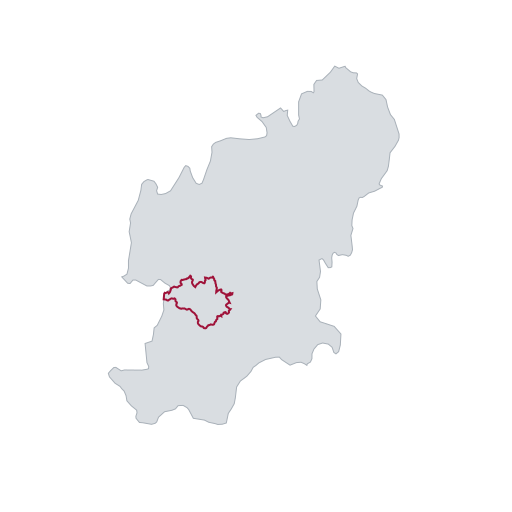 where Rasinski sits in Republic of Serbia, rotated 65°
{"feature_id": "SRB-833", "entity_name": "Rasinski", "entity_type": "District", "adm_level": 1, "iso_a3": "SRB", "parent_name": "Republic of Serbia", "parent_adm1": "", "projection": "mercator", "projection_center": [21.143, 43.49], "detail": "fine", "context": "in_parent", "style": "outline", "palette": "rose", "viewbox_px": 512, "rotation_deg": 65, "n_neighbors": 0, "source": "natural_earth", "source_scale": "10m", "svg_char_len": 8949}
<svg xmlns="http://www.w3.org/2000/svg" viewBox="0 0 512 512"><g transform="rotate(65 256 256)"><path d="M286.3,200.6L297.3,204.1L302.2,207.4L304.8,211.6L311.8,214.4L323.2,215.8L331.1,220.2L335.5,227.5L342.7,225.7L352.8,214.9L362.6,212.0L372.3,217.2L377.6,221.5L378.5,224.9L376.3,226.2L370.9,225.6L366.4,227.7L363.0,232.4L362.4,237.5L364.9,242.9L368.3,246.6L372.7,248.7L375.1,251.5L375.4,255.1L376.6,256.1L374.0,257.7L371.3,260.1L369.7,264.4L369.3,271.3L360.7,276.6L357.5,277.6L356.0,281.1L353.8,291.1L354.1,298.6L355.2,302.5L355.7,305.6L358.5,309.4L361.1,315.2L362.7,323.0L366.5,328.9L376.0,334.8L380.7,338.2L384.2,343.1L386.9,347.6L394.8,353.5L394.2,357.7L392.5,361.9L390.7,363.8L386.7,369.1L382.9,372.1L376.6,381.4L366.7,381.9L364.3,382.6L360.6,385.2L358.7,389.8L360.5,393.6L360.3,397.3L358.5,404.7L360.9,412.5L364.4,416.1L365.0,418.1L364.4,421.8L359.2,429.2L357.6,432.0L352.3,433.3L350.5,432.6L347.8,430.1L345.3,429.3L339.1,432.3L332.7,434.2L327.7,432.8L322.8,432.6L319.4,433.8L316.8,434.3L311.8,437.5L303.6,439.9L299.9,439.4L298.5,436.3L297.0,432.0L297.7,430.1L303.1,426.7L303.7,423.4L311.2,407.7L312.6,402.6L312.7,401.0L310.7,399.9L306.6,399.9L288.4,393.5L289.2,386.2L283.9,382.2L278.1,378.7L277.1,374.8L270.7,366.8L266.0,362.3L260.0,360.1L254.8,356.8L251.7,354.8L250.4,351.1L250.4,348.9L248.8,346.8L246.3,347.0L242.1,350.0L236.9,352.5L236.0,354.4L237.9,358.8L239.2,361.6L238.6,364.2L237.0,367.6L227.0,375.1L225.8,377.7L227.7,381.8L226.5,383.8L218.2,386.5L218.4,384.2L217.9,380.6L213.1,376.7L206.4,373.6L191.3,363.3L185.6,361.9L180.4,360.7L173.0,355.7L169.2,354.8L165.0,351.3L155.8,339.2L148.0,332.7L142.7,329.3L141.2,326.1L140.9,322.8L141.0,321.6L145.1,316.9L148.2,316.2L152.2,316.1L154.8,318.5L158.3,319.0L160.2,315.9L161.2,311.5L160.8,305.9L152.4,292.7L145.3,283.6L144.4,281.5L146.0,279.8L148.5,278.9L151.2,279.7L158.2,280.3L164.9,279.5L167.2,277.2L167.2,274.2L164.7,271.4L156.9,263.9L150.7,257.2L143.5,252.1L138.2,250.0L136.6,247.4L136.0,244.6L136.6,239.5L136.9,233.0L138.2,228.9L143.0,221.1L147.6,212.9L150.4,205.0L151.9,197.6L151.4,195.5L149.0,193.9L143.9,192.4L136.8,193.7L130.8,196.4L128.5,196.6L127.7,193.3L128.7,191.9L130.5,192.0L132.1,192.7L133.7,191.2L134.7,186.7L132.2,171.2L136.7,169.8L136.8,167.5L137.2,165.6L141.8,168.3L148.3,168.3L154.0,167.8L154.9,166.3L154.8,164.0L153.7,162.3L151.6,160.9L150.2,158.7L146.3,157.8L134.3,152.2L128.3,146.2L128.5,139.9L130.2,136.4L132.3,135.1L131.7,134.0L124.9,131.0L122.5,126.9L124.5,121.6L120.9,111.0L117.2,104.4L120.9,101.5L121.4,97.4L121.7,95.1L123.2,95.1L129.1,92.4L131.2,90.2L132.5,87.6L133.9,87.0L137.8,89.8L142.0,90.0L146.7,88.2L150.2,85.8L154.4,83.7L156.3,82.3L158.7,80.1L163.6,73.5L169.2,72.1L176.6,73.8L184.7,74.4L190.7,72.9L205.9,74.8L209.2,76.3L211.3,78.0L215.3,83.6L219.1,90.9L224.5,94.2L230.8,98.2L234.1,101.1L238.9,109.8L242.7,114.0L243.9,113.8L245.2,112.7L246.1,111.8L247.1,112.6L247.1,115.2L247.4,121.1L246.5,127.2L247.8,133.1L247.9,134.9L246.9,136.6L247.0,138.1L248.4,139.7L253.5,143.5L258.3,149.5L263.8,153.6L268.9,156.3L272.1,156.5L277.4,161.3L287.8,164.7L291.1,165.9L293.4,167.9L295.1,170.2L295.2,172.6L293.6,173.8L291.3,177.1L290.4,181.1L288.7,182.1L287.1,182.2L285.8,183.4L286.1,185.1L287.5,186.7L289.7,188.2L293.8,189.7L297.9,191.9L297.9,193.6L297.1,195.5L291.8,196.2L288.0,196.5L286.2,197.3L286.3,200.6Z" fill="#d9dde1" stroke="#a8b0b8" stroke-width="1"/><path d="M253.1,350.8L252.5,349.5L252.0,348.9L251.3,348.2L250.1,347.1L249.4,346.9L249.4,346.5L249.3,345.8L249.3,345.6L249.4,344.9L249.4,344.7L249.1,343.8L249.1,343.6L249.1,343.4L249.3,343.1L249.3,342.9L249.9,342.5L250.0,342.4L250.2,341.9L250.4,341.6L250.8,341.2L251.0,341.0L251.2,340.6L251.3,340.2L251.0,339.6L250.9,339.4L250.8,339.2L250.7,338.3L250.7,338.0L250.9,337.7L250.9,337.4L250.8,336.6L250.7,335.5L250.0,335.3L249.7,335.3L249.4,335.4L248.9,335.6L248.6,335.7L248.3,335.7L248.2,335.6L247.0,335.0L246.8,334.7L246.6,334.1L246.2,333.6L246.2,333.3L246.3,333.2L246.7,332.8L246.8,332.5L246.8,332.3L246.8,331.9L246.8,331.7L247.1,330.4L247.2,329.6L247.3,329.4L247.6,328.8L247.6,328.6L247.5,328.4L247.2,327.9L247.1,327.7L247.4,327.1L247.5,326.8L247.5,326.6L247.4,326.3L246.8,325.5L246.5,324.6L246.1,323.9L246.6,323.6L247.1,323.5L247.4,323.6L247.9,324.1L248.1,324.3L248.4,324.3L249.2,324.2L249.7,324.1L249.8,324.0L250.3,323.5L250.4,323.4L250.6,323.3L250.8,323.3L251.0,323.3L251.2,323.5L251.7,324.0L251.9,324.2L252.2,324.6L252.4,324.9L252.8,325.1L253.3,325.3L254.0,325.4L255.2,325.3L256.2,325.1L256.7,325.0L256.9,325.0L257.6,324.6L258.5,324.2L257.5,322.9L257.4,322.7L257.1,322.2L256.8,321.7L256.7,321.4L256.8,321.0L256.7,320.6L256.5,319.7L256.4,319.3L256.0,318.8L255.9,318.5L255.9,318.0L255.9,317.8L256.0,317.4L256.2,316.9L256.5,316.5L256.9,316.1L257.8,315.6L258.8,314.6L258.9,314.4L258.8,314.1L258.7,313.9L258.0,313.3L257.3,313.0L257.0,312.9L256.8,312.6L256.7,312.1L256.6,311.9L256.4,311.8L256.1,311.7L255.4,311.7L254.0,311.3L254.3,310.9L254.6,310.3L254.8,310.1L255.1,309.7L255.8,309.1L256.5,308.7L256.6,308.3L256.4,307.6L256.3,307.1L256.3,306.6L256.4,306.1L256.4,305.9L256.8,305.3L256.9,305.1L256.9,304.8L256.9,304.6L256.8,304.4L256.6,304.0L256.5,303.8L256.6,303.7L257.0,303.7L257.2,303.9L257.8,304.0L257.9,303.9L258.1,303.7L259.3,303.6L259.8,303.9L260.4,304.0L260.6,304.0L260.9,303.8L261.2,303.6L261.5,303.5L262.0,303.8L263.0,304.0L263.6,304.3L264.1,304.3L265.1,304.4L265.5,304.5L266.2,304.9L266.5,305.0L267.3,305.0L268.3,304.9L268.5,305.0L268.9,305.4L269.6,305.7L269.7,305.8L270.1,306.2L270.3,306.4L272.1,307.4L271.6,305.7L271.4,305.2L271.4,304.9L271.4,304.4L271.3,303.9L271.2,303.5L271.3,303.2L271.5,302.8L271.5,302.6L271.5,302.2L271.5,301.8L271.6,301.7L271.9,301.6L272.5,301.8L272.9,302.0L273.4,302.5L273.5,302.6L273.9,302.7L274.1,302.7L274.4,302.5L275.0,302.0L276.0,301.3L276.3,301.0L276.6,300.5L276.9,300.3L277.6,300.1L278.0,299.9L278.3,299.6L278.4,299.4L278.5,298.6L278.8,297.8L278.9,297.3L278.9,296.8L278.8,296.3L278.8,296.0L278.4,295.0L279.3,294.5L279.4,294.4L279.5,294.2L279.7,293.1L280.5,293.6L280.7,293.9L280.8,294.2L280.8,294.3L280.6,294.7L280.5,295.0L280.6,295.7L280.6,296.1L280.6,296.3L280.1,297.4L280.0,297.5L280.1,298.1L280.1,298.5L280.0,298.8L279.7,299.1L279.6,299.4L279.7,299.6L279.8,299.8L279.9,300.0L280.1,300.2L280.7,300.4L281.0,300.5L282.4,300.2L283.6,299.7L284.6,299.5L285.1,299.5L285.6,299.6L287.3,299.6L286.8,300.2L287.5,303.5L287.9,304.0L289.0,304.1L289.6,304.0L289.8,303.9L290.4,303.3L291.0,303.0L291.5,302.9L292.1,302.4L292.4,302.4L292.6,302.4L292.9,302.3L293.2,302.0L293.4,301.6L293.7,302.1L293.8,302.4L294.0,303.4L294.1,303.7L294.3,303.8L294.7,304.0L295.5,304.2L295.7,304.3L295.8,304.4L295.9,304.6L296.2,305.4L296.3,306.3L296.3,306.5L296.2,306.7L295.8,307.0L295.4,307.3L295.2,307.4L294.5,307.2L294.3,307.2L294.0,307.3L293.9,307.4L293.8,307.6L293.7,309.1L294.1,309.1L294.5,309.8L294.8,310.5L294.8,311.3L294.5,312.3L295.1,312.4L295.3,312.6L295.6,312.8L295.9,312.9L295.6,313.1L295.3,313.3L295.2,313.7L295.0,314.2L295.1,315.1L294.4,315.7L294.3,315.9L294.3,316.0L294.4,316.7L295.4,317.1L296.2,317.5L296.7,317.6L296.9,318.1L297.1,319.0L297.4,319.3L298.0,319.7L298.2,319.9L298.3,320.0L298.3,320.3L298.3,320.8L298.4,321.1L298.9,321.6L299.3,322.1L300.0,322.7L300.2,323.0L300.2,323.6L300.2,323.8L300.1,324.2L300.0,324.3L299.7,324.8L299.4,325.3L299.0,325.7L298.8,326.0L299.0,327.1L298.9,327.3L298.9,327.6L298.6,328.2L298.6,328.4L298.6,328.6L299.0,329.1L299.2,329.9L299.3,330.2L299.6,330.7L300.0,331.2L300.2,331.5L300.2,332.1L300.2,332.3L300.1,332.5L299.4,333.6L299.2,333.7L299.1,333.8L298.2,333.8L297.8,334.0L297.1,334.6L296.9,335.0L296.7,335.5L296.0,335.9L295.4,336.3L294.5,336.6L293.7,336.9L293.3,337.0L292.6,337.1L292.2,337.0L291.3,336.6L291.0,336.4L290.7,335.8L290.6,335.6L290.4,335.5L290.1,335.4L289.6,335.4L289.4,335.4L289.3,335.5L288.4,335.8L287.4,336.0L287.0,335.9L286.5,335.6L286.1,335.5L285.3,335.2L285.0,335.2L284.8,335.2L284.0,335.6L283.5,335.7L282.5,335.8L282.1,335.9L281.6,336.1L280.2,337.0L278.9,337.6L278.7,337.7L278.0,337.8L276.5,338.2L276.4,338.3L275.7,338.9L275.6,339.1L275.5,339.3L275.4,339.6L275.4,339.8L275.6,340.3L275.6,340.5L275.5,340.9L275.4,341.3L275.2,341.6L274.6,342.0L274.1,342.4L273.5,342.8L273.3,343.0L273.2,343.2L273.1,343.3L272.9,344.1L272.4,344.9L272.3,345.1L272.3,345.9L272.3,346.0L272.2,346.2L271.8,346.5L271.6,346.6L271.3,347.1L271.2,347.3L271.0,347.5L270.0,348.0L269.3,348.5L268.5,348.9L268.1,349.0L267.6,349.1L267.0,349.1L266.6,348.9L266.1,348.6L265.9,348.5L265.8,348.1L265.6,347.9L264.6,347.3L264.3,347.4L263.8,347.7L263.3,347.9L263.0,348.0L262.8,348.0L262.3,347.8L261.3,347.3L261.1,347.3L260.3,347.6L260.0,347.7L259.9,347.8L259.9,348.0L260.0,348.5L259.9,348.9L259.5,349.5L258.9,350.1L258.8,350.4L258.7,350.6L258.7,351.1L258.7,351.6L258.9,352.4L259.0,353.7L259.0,354.0L259.2,354.3L259.2,354.6L258.6,355.3L257.9,355.7L257.6,355.8L257.5,356.0L257.2,356.5L256.8,357.0L256.5,357.7L256.3,358.0L251.3,355.1L250.9,354.4L251.2,354.3L251.4,353.1L251.5,351.7L251.4,351.3L252.2,350.6L252.9,350.8L253.1,350.8Z" fill="none" stroke="#9f1239" stroke-width="2"/></g></svg>